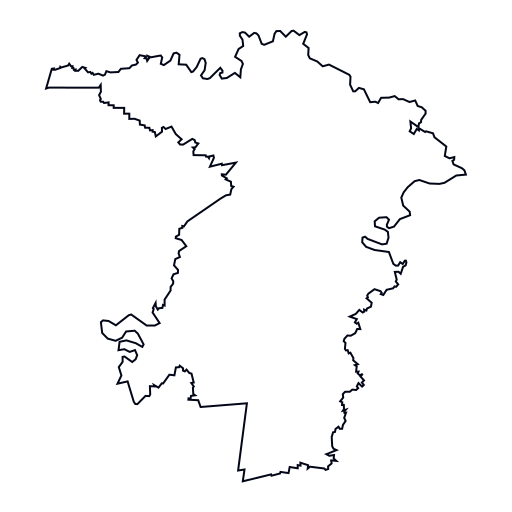 the district of Pánuco, Veracruz, Mexico
{"feature_id": "50627088B51457701094932", "entity_name": "Pánuco", "entity_type": "district", "adm_level": 2, "iso_a3": "MEX", "parent_name": "Mexico", "parent_adm1": "Veracruz", "projection": "mercator", "projection_center": [-98.304, 22.081], "detail": "fine", "context": "isolated", "style": "outline", "palette": "ink", "viewbox_px": 512, "rotation_deg": 0, "n_neighbors": 0, "source": "geoboundaries", "source_scale": "gbopen_adm2", "svg_char_len": 5965}
<svg xmlns="http://www.w3.org/2000/svg" viewBox="0 0 512 512"><path d="M46.1,88.5L49.0,87.6L98.8,87.7L100.7,84.9L100.9,91.8L99.1,95.1L100.8,99.0L100.0,100.1L100.7,101.7L103.2,101.8L104.0,103.0L108.6,102.4L108.5,105.2L113.7,105.3L113.7,107.9L124.2,107.9L124.1,113.7L129.3,113.7L129.3,118.9L134.6,118.8L139.7,120.6L139.9,124.6L144.7,125.4L145.1,127.7L149.4,127.8L150.0,130.4L152.6,130.1L152.6,131.7L154.8,132.0L155.8,136.4L162.0,131.7L161.9,127.8L163.5,127.0L165.6,129.0L171.5,126.6L175.8,134.1L181.6,139.3L178.3,142.4L180.1,144.5L183.1,144.6L192.3,138.9L194.7,140.1L195.3,142.5L198.3,143.5L195.4,147.3L192.9,147.5L194.6,149.2L193.3,151.4L193.6,155.1L205.7,155.3L206.1,156.7L208.0,156.7L209.0,158.2L209.5,156.4L213.4,155.5L213.9,157.9L209.9,166.7L221.8,163.7L222.0,165.2L235.9,162.6L225.9,174.7L221.8,174.3L221.9,175.5L226.7,178.3L225.7,179.4L230.9,181.7L231.2,186.0L233.5,186.7L231.4,189.1L230.2,194.6L226.0,195.3L220.2,198.8L187.4,221.4L183.9,226.4L182.3,226.0L182.4,227.8L179.3,228.8L179.1,234.8L175.9,236.6L175.7,238.2L181.6,240.0L186.3,246.2L179.1,251.0L178.6,253.4L179.9,257.0L175.3,259.1L174.0,265.3L178.0,269.9L177.9,272.9L173.5,274.3L171.6,278.4L173.3,281.3L173.1,283.7L170.6,287.0L170.6,290.5L164.6,299.6L164.6,305.5L163.0,304.9L162.4,307.9L159.0,308.2L157.8,309.6L155.8,306.2L155.6,302.9L152.9,308.1L153.7,309.0L152.6,312.5L159.6,323.1L154.9,325.5L146.6,325.5L131.2,314.5L128.8,315.2L115.9,325.3L108.6,321.0L103.0,320.4L100.9,322.2L102.2,333.0L107.7,338.6L115.6,340.8L122.1,337.7L126.1,331.5L134.7,330.7L137.9,333.7L143.6,344.4L142.3,346.9L135.8,343.2L126.4,340.4L119.6,341.8L118.5,350.2L124.3,349.2L129.7,351.9L135.0,350.1L137.2,355.2L135.6,359.3L132.2,362.0L124.5,356.5L122.6,356.9L122.6,361.9L118.8,367.1L121.4,375.5L117.5,383.7L127.6,381.4L133.8,401.8L135.3,404.0L137.4,404.1L145.5,395.9L149.3,396.1L150.2,394.4L149.9,386.2L154.7,386.4L154.1,385.1L158.5,387.6L161.8,383.3L163.1,383.5L169.4,374.7L174.4,375.3L175.9,367.4L179.1,367.2L179.7,365.7L183.1,368.3L183.0,370.6L184.8,371.4L186.5,369.6L189.3,373.0L191.5,373.6L193.7,382.5L191.3,383.0L193.8,386.5L192.9,387.7L193.3,394.0L195.1,395.3L191.0,395.9L190.5,398.7L188.5,398.4L188.4,399.7L198.2,400.2L200.6,407.0L246.9,403.3L238.1,470.5L244.5,469.5L242.8,481.3L271.1,474.4L271.5,475.7L280.0,473.5L280.5,471.9L288.5,473.1L289.7,467.0L297.7,468.3L297.7,465.1L300.5,465.6L300.4,462.7L308.1,465.2L307.7,468.6L310.0,466.7L324.3,468.5L325.6,469.9L328.2,469.0L328.1,466.3L331.6,463.5L331.3,460.7L330.3,460.3L336.3,460.9L333.7,458.5L334.0,455.0L329.4,455.8L326.4,454.2L336.5,450.1L333.6,448.8L332.2,446.3L331.7,436.9L333.1,432.3L335.0,431.9L335.5,429.0L338.5,426.7L339.7,428.8L342.1,428.8L343.0,424.8L345.6,421.0L344.2,417.9L346.0,412.7L344.5,412.9L344.2,411.6L345.8,409.7L343.0,410.6L344.0,409.0L343.8,404.9L342.0,405.0L342.3,402.3L340.2,401.3L343.2,397.6L342.8,394.2L345.0,391.8L349.9,391.7L352.3,389.6L356.1,390.0L358.2,388.1L356.8,386.4L358.5,383.1L362.1,386.6L363.8,385.0L361.9,382.5L364.0,380.4L360.4,376.4L362.7,374.0L359.7,375.2L357.7,373.4L358.5,371.6L356.1,371.7L356.7,366.4L354.9,365.1L357.8,364.2L353.2,360.3L353.4,358.1L350.4,352.7L348.7,353.4L347.7,350.2L345.9,350.4L344.9,348.8L345.5,343.0L343.7,341.1L344.4,338.8L347.4,335.5L350.8,335.7L355.2,333.2L357.2,329.0L360.3,329.1L358.3,322.7L356.7,323.7L354.9,322.4L356.8,319.1L349.8,316.6L355.8,313.9L359.3,309.9L362.7,312.5L364.3,311.6L364.1,309.6L366.4,310.5L367.0,308.5L370.9,306.7L371.7,302.8L366.6,298.3L367.9,297.4L367.2,295.6L368.3,293.7L374.5,289.2L380.6,291.2L381.7,292.9L380.8,294.1L383.3,295.0L386.6,289.8L393.1,288.3L394.6,286.4L396.1,286.8L398.2,284.4L395.8,281.5L396.7,279.6L394.8,271.9L398.6,271.8L400.7,273.8L403.1,266.8L405.6,265.4L406.4,262.5L405.9,260.7L404.8,260.7L402.7,264.0L400.2,262.2L398.1,265.6L395.7,265.6L393.3,263.8L388.9,252.0L374.6,250.0L366.2,246.9L362.2,242.3L362.5,237.6L365.1,236.7L367.6,238.9L382.1,244.4L386.6,243.7L388.5,237.8L387.9,231.9L384.8,229.6L375.0,226.3L374.7,221.3L379.1,217.7L386.5,217.2L389.0,219.7L386.8,224.9L387.0,226.7L389.0,228.2L394.0,226.6L399.9,219.1L410.1,215.2L409.7,211.7L403.2,205.6L401.3,197.6L403.7,192.3L407.7,187.2L414.6,181.2L419.3,180.0L429.6,183.5L439.4,183.9L444.5,182.8L456.3,175.5L465.9,174.6L464.4,170.3L461.9,168.2L453.6,164.4L452.4,160.9L454.1,159.8L454.3,157.1L449.5,158.3L444.8,156.0L446.3,146.5L434.5,137.3L433.0,133.3L426.1,131.3L425.1,132.0L419.1,128.3L418.9,130.4L416.8,128.9L413.8,134.0L409.7,131.3L411.1,128.3L410.4,121.5L418.4,127.1L419.0,123.4L421.0,122.2L421.2,119.8L425.6,113.6L425.6,110.8L421.8,107.3L417.7,106.0L415.2,100.5L409.5,102.0L403.0,99.1L398.6,99.3L394.7,96.1L389.2,97.6L381.1,97.8L378.1,103.0L375.2,101.7L370.2,102.2L363.9,89.3L358.9,87.9L355.2,91.3L353.2,91.3L350.1,84.7L350.5,76.7L349.3,74.8L329.0,64.6L322.7,66.3L317.3,61.5L309.8,58.3L308.2,55.0L308.6,48.0L303.2,43.8L307.0,34.4L306.5,32.4L304.8,31.9L299.4,35.1L293.6,30.7L291.6,31.0L285.8,36.7L280.2,31.0L276.4,31.1L274.6,33.7L272.9,41.3L264.2,44.8L261.7,43.8L258.5,35.5L256.5,33.4L254.2,32.9L249.2,36.7L245.0,32.6L242.4,32.1L239.8,33.3L239.9,35.8L242.5,39.7L243.2,46.0L238.6,49.0L235.1,56.8L241.5,61.0L242.9,63.9L240.9,69.4L240.3,77.3L234.9,72.9L226.8,78.0L221.8,78.6L219.6,74.9L220.2,73.1L222.4,72.6L222.5,70.7L220.3,67.8L209.9,78.1L207.5,79.0L202.9,78.3L201.0,75.4L204.6,70.2L205.7,62.9L204.5,59.2L202.4,58.1L200.6,58.7L196.7,67.0L193.0,71.6L191.3,72.1L186.2,64.7L178.7,64.3L179.5,54.8L176.5,52.7L173.6,53.4L170.4,60.6L163.8,65.1L160.8,63.8L162.2,57.4L160.7,55.5L150.9,57.3L148.1,56.1L149.1,58.1L147.2,60.9L146.5,58.4L144.7,58.2L146.0,56.4L139.6,55.2L136.5,59.9L137.9,62.6L135.9,64.6L131.9,65.5L129.4,68.2L120.9,68.8L118.4,72.0L110.5,72.4L106.4,71.2L104.9,74.7L103.0,75.6L98.4,73.7L93.7,74.8L92.6,72.9L91.4,73.7L90.3,72.0L88.0,72.3L84.6,68.4L85.3,67.9L82.3,66.9L78.3,70.8L75.3,70.8L75.6,69.5L73.8,69.8L73.4,67.9L72.2,67.9L72.5,66.2L71.0,66.2L69.2,63.7L68.1,65.5L61.2,67.5L60.3,66.8L60.0,68.1L54.9,69.8L53.4,69.7L53.8,68.5L51.8,68.8L46.1,88.5Z" fill="none" stroke="#020617" stroke-width="2"/></svg>